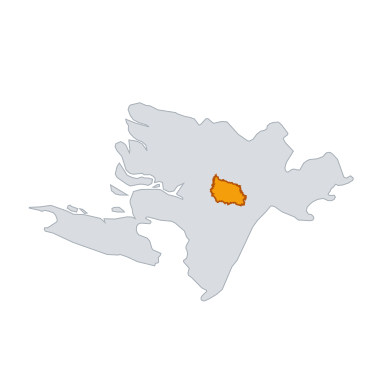 Tangail, Dhaka, Bangladesh shown in context, rotated 117°
{"feature_id": "16705992B55867939933107", "entity_name": "Tangail", "entity_type": "district", "adm_level": 2, "iso_a3": "BGD", "parent_name": "Bangladesh", "parent_adm1": "Dhaka", "projection": "orthographic", "projection_center": [89.988, 24.376], "detail": "fine", "context": "in_parent", "style": "filled", "palette": "amber", "viewbox_px": 384, "rotation_deg": 117, "n_neighbors": 0, "source": "geoboundaries", "source_scale": "gbopen_adm2", "svg_char_len": 8620}
<svg xmlns="http://www.w3.org/2000/svg" viewBox="0 0 384 384"><g transform="rotate(117 192 192)"><path d="M134.3,268.4L134.3,259.7L128.7,242.6L129.0,240.8L127.9,232.5L126.5,227.9L125.8,223.1L129.2,216.1L127.9,215.0L120.3,212.8L119.4,211.0L121.1,204.1L115.7,197.5L113.6,192.7L119.6,177.0L121.1,166.1L120.7,164.0L117.2,161.5L111.0,160.5L106.6,158.4L104.0,155.3L101.8,154.0L99.1,154.9L95.7,153.7L92.8,150.6L90.5,146.8L91.5,142.7L96.1,133.2L97.8,132.9L101.7,134.8L103.2,134.8L105.8,131.0L109.6,120.2L122.2,121.3L125.2,121.0L128.3,120.1L130.1,118.8L131.0,117.0L130.7,115.5L126.9,113.5L125.4,111.9L124.3,107.6L123.2,105.9L115.6,105.6L111.7,103.6L109.6,101.8L105.8,95.8L101.1,91.4L96.6,90.3L94.9,88.8L94.0,86.6L94.6,83.3L96.9,77.1L109.5,63.8L109.9,62.3L109.4,60.5L105.8,58.3L105.6,57.3L106.6,54.4L108.7,54.1L113.0,56.7L117.3,60.9L119.8,64.7L119.9,67.6L123.3,68.2L126.1,69.5L129.0,69.2L130.9,69.9L132.2,69.7L132.7,68.0L130.3,63.7L131.5,61.9L134.3,62.1L136.4,63.7L137.9,66.9L138.1,72.0L141.4,76.6L145.8,79.9L149.3,81.4L153.4,82.5L157.0,81.5L158.8,78.3L158.0,75.4L158.6,72.9L160.0,71.5L162.2,71.6L163.9,73.6L168.7,84.6L167.7,89.5L168.8,102.8L167.5,111.6L168.3,115.0L169.1,115.6L176.5,117.3L187.2,120.7L195.4,122.0L232.3,120.8L240.4,122.5L265.0,120.8L271.8,123.5L279.1,128.0L283.3,131.3L284.1,133.3L283.7,134.9L282.3,135.9L279.8,135.9L274.0,133.8L273.0,134.5L273.0,139.8L268.5,153.1L267.8,157.2L266.2,158.8L261.3,159.8L258.2,167.5L256.9,168.5L253.6,166.8L251.6,167.1L249.1,167.9L246.6,169.7L244.9,171.9L243.0,172.7L236.0,172.6L234.7,176.2L230.2,181.0L227.2,193.4L227.4,197.2L231.4,207.1L234.2,219.9L235.2,221.2L236.6,221.4L236.6,215.5L237.8,214.7L239.5,215.3L242.8,223.2L244.7,225.2L247.6,225.8L250.9,224.5L253.4,222.2L254.3,219.6L253.4,211.0L254.9,207.4L260.5,202.1L261.3,200.5L260.8,191.8L263.0,191.5L265.8,192.2L269.4,190.0L270.5,190.0L272.1,192.2L274.7,191.7L278.8,208.9L279.3,221.0L280.3,227.7L281.7,229.2L286.2,239.3L290.9,274.8L291.7,297.4L293.5,305.0L292.2,306.8L290.8,307.1L289.4,304.4L280.0,298.9L277.8,299.5L274.7,302.9L273.4,306.0L274.0,310.3L275.1,314.6L277.4,317.0L277.6,319.7L280.2,329.8L279.5,329.9L274.3,320.7L268.0,311.7L265.8,295.5L265.6,287.4L261.2,278.0L257.1,261.5L258.7,255.7L255.8,258.3L251.1,248.4L243.8,238.8L241.7,234.5L241.5,230.4L238.5,234.6L234.3,237.6L230.0,242.1L227.2,243.4L218.1,244.3L212.8,238.4L205.2,223.9L204.2,220.6L205.2,212.1L203.4,204.0L202.8,196.9L201.5,197.5L201.0,199.5L201.3,202.5L200.7,205.0L188.2,203.4L193.5,207.7L199.3,208.6L202.3,212.4L202.5,218.8L196.9,222.6L197.4,225.8L200.7,229.7L196.7,230.8L195.6,233.4L195.5,237.0L198.4,242.6L197.9,244.8L202.7,252.1L203.6,255.6L202.4,260.6L192.1,270.7L189.1,277.8L186.6,281.1L183.4,281.7L179.5,278.4L179.5,274.9L180.3,272.2L185.6,265.5L182.7,266.4L174.3,271.9L172.7,267.5L171.7,263.3L171.7,258.3L175.7,250.7L171.1,254.5L169.9,259.2L170.4,264.7L169.8,268.7L168.0,273.8L165.6,276.9L161.6,278.8L159.9,281.9L157.2,284.1L156.3,273.8L153.5,259.8L152.9,262.8L154.3,271.4L154.2,277.1L152.0,281.5L147.7,286.3L144.3,286.9L142.3,286.2L136.2,279.0L135.7,272.2L134.3,268.4ZM210.8,268.6L203.1,270.4L199.2,269.8L206.5,257.3L206.2,251.7L205.0,247.1L201.3,243.4L201.1,240.8L199.4,237.2L198.5,233.0L202.6,231.7L206.0,234.1L207.2,238.8L208.9,242.4L214.7,249.7L214.6,254.2L213.1,265.2L210.8,268.6ZM227.3,264.4L222.6,267.8L224.0,248.0L227.6,255.3L228.5,259.3L227.3,264.4ZM245.2,254.4L243.1,255.8L241.2,254.6L238.7,250.0L239.9,244.1L240.6,243.2L243.6,249.2L245.2,254.4ZM263.0,295.9L260.4,296.1L259.0,294.7L259.6,292.8L258.8,286.4L262.2,285.7L263.6,291.0L263.0,295.9ZM259.9,278.0L257.9,284.4L257.1,281.6L258.4,275.9L259.9,278.0ZM204.6,226.9L205.4,229.0L201.1,226.3L200.0,224.5L201.9,223.5L204.6,226.9Z" fill="#d9dde1" stroke="#a8b0b8" stroke-width="1"/><path d="M182.8,175.8L182.8,175.3L182.9,174.9L183.3,174.9L183.2,174.3L183.6,174.2L183.8,174.0L183.9,173.8L184.1,173.8L184.2,173.2L183.9,172.8L183.9,172.2L184.0,172.3L184.5,172.7L185.0,172.7L185.1,172.9L185.5,172.9L185.5,172.7L186.1,172.5L186.4,172.4L186.4,172.1L185.9,171.5L185.8,171.3L185.9,171.0L185.9,170.6L186.2,170.2L186.2,169.6L186.6,169.1L186.9,168.6L187.2,168.5L187.2,167.9L187.6,167.7L187.9,167.4L188.0,167.1L188.3,166.9L188.6,166.9L189.0,166.6L188.9,165.8L189.0,165.7L189.4,165.2L189.4,164.9L189.5,164.5L189.3,164.4L189.2,164.2L188.9,164.1L188.9,163.9L188.7,163.8L188.6,163.7L188.2,163.7L187.9,163.6L187.7,163.5L187.5,163.2L187.6,162.8L187.5,162.6L187.1,161.8L187.1,161.5L186.9,161.5L186.5,161.4L186.3,160.8L187.2,157.5L186.8,157.6L186.3,157.3L186.1,156.7L185.9,156.0L185.6,155.9L185.5,155.4L186.0,155.3L186.2,155.0L186.4,154.8L186.5,154.7L186.9,154.4L186.6,154.1L186.5,154.3L186.2,154.3L186.1,154.2L186.0,153.9L185.7,153.5L185.4,153.6L185.2,153.4L185.5,153.2L185.4,153.1L185.1,152.9L184.9,152.8L184.7,152.8L184.5,152.4L184.2,152.4L183.9,152.6L183.7,151.8L183.7,151.7L183.4,151.7L183.1,151.1L182.7,150.3L182.9,150.0L182.9,149.9L182.4,149.9L182.1,149.3L181.8,148.9L182.0,148.6L182.0,147.9L182.4,147.6L182.6,147.6L182.8,147.1L182.7,146.7L182.8,146.3L182.5,146.1L182.5,145.9L182.5,145.3L182.4,145.2L182.4,144.8L182.1,144.3L182.2,143.9L182.0,143.6L182.0,143.4L181.8,143.1L182.0,142.7L182.0,142.4L181.9,142.1L180.8,142.2L180.3,142.2L180.2,141.8L180.3,141.6L180.2,141.5L180.5,141.4L180.4,141.3L180.6,141.3L180.5,141.2L180.3,141.2L180.3,140.7L180.1,140.3L179.6,139.7L179.5,139.8L179.4,140.1L178.7,140.2L178.5,140.4L178.0,140.3L177.7,140.3L177.3,140.6L177.4,140.9L177.2,141.3L177.0,141.5L176.8,141.5L176.7,141.8L176.4,141.8L176.3,142.0L176.2,142.0L176.0,142.6L175.8,142.6L175.7,142.6L175.5,142.8L175.1,142.8L174.8,142.6L174.7,142.4L174.6,142.2L174.5,141.8L174.4,141.8L174.1,141.8L173.8,141.9L173.8,141.6L173.5,141.3L173.6,141.2L173.2,141.3L172.9,141.2L172.9,141.4L173.0,141.5L173.3,141.5L173.2,141.6L173.2,141.8L172.7,141.7L172.7,141.9L172.5,142.2L172.3,142.3L172.1,141.9L172.0,142.0L172.1,142.3L171.7,142.2L171.5,141.9L171.2,142.0L171.3,142.1L171.2,142.2L171.1,142.4L171.1,142.6L171.2,142.9L171.1,143.3L171.1,143.5L171.7,144.1L172.0,144.8L171.9,144.9L171.8,145.1L171.6,145.2L171.3,145.2L171.0,144.9L170.5,145.8L170.5,146.0L170.6,146.4L170.3,146.5L169.7,146.5L169.6,146.8L169.7,147.0L169.6,147.4L169.9,147.7L170.0,147.8L169.9,147.8L169.5,147.6L169.5,147.8L169.4,147.9L169.5,148.0L169.2,148.1L169.3,148.3L169.0,148.2L168.8,148.3L169.2,148.6L168.9,148.7L168.7,149.0L168.9,149.3L168.6,149.3L168.3,149.6L168.2,149.4L168.1,149.5L168.1,149.8L168.4,149.8L168.2,149.9L168.1,150.0L168.2,150.3L167.3,150.3L167.2,150.2L166.5,150.4L166.2,150.8L166.3,151.6L165.9,151.7L165.3,151.7L165.4,151.8L165.2,151.9L165.5,152.1L165.4,152.5L165.0,152.4L164.8,152.6L164.9,152.8L165.5,153.1L165.5,153.3L165.7,153.2L165.8,153.5L165.4,154.3L165.7,154.2L165.8,154.2L165.8,154.3L165.4,154.8L165.1,154.9L165.2,155.3L165.1,155.6L165.7,155.6L165.4,156.3L165.3,156.8L166.1,158.9L166.2,159.4L165.6,160.2L165.5,160.6L165.8,160.9L166.1,161.1L166.4,161.6L166.4,161.9L166.4,162.5L166.5,163.0L167.1,163.6L167.2,164.2L167.2,164.8L167.0,165.5L166.9,166.1L167.1,167.3L167.6,169.0L167.0,169.2L166.8,169.4L167.1,169.9L167.3,169.8L167.7,169.8L167.9,170.3L168.5,170.7L168.5,170.9L168.3,171.2L168.4,172.2L168.7,173.2L168.6,173.9L168.4,174.4L167.7,174.9L167.4,175.3L166.9,175.5L167.1,176.1L167.0,176.9L166.5,177.8L166.6,178.0L166.3,178.2L166.0,178.4L166.4,178.5L166.5,178.7L166.9,178.4L167.0,178.0L167.3,178.0L167.3,178.4L167.8,178.4L167.9,178.5L168.1,178.7L168.2,178.4L168.4,178.4L168.5,178.3L168.8,178.3L168.8,178.5L168.9,178.4L169.3,178.5L169.4,178.9L169.6,179.0L169.6,178.8L169.8,178.8L169.9,179.0L170.0,179.1L170.3,179.0L170.6,178.8L170.5,178.6L170.6,178.4L170.7,178.2L170.5,177.8L170.8,177.7L171.0,177.7L171.0,178.1L171.0,178.3L171.0,178.5L171.2,178.8L171.7,178.8L171.7,178.7L171.5,178.4L171.7,178.1L172.2,178.0L172.2,177.8L172.3,177.5L172.6,177.7L172.7,177.4L172.9,177.5L173.0,177.3L173.6,177.1L173.3,177.5L173.5,177.6L173.7,177.2L174.0,177.2L173.9,177.0L173.7,176.9L173.8,176.7L174.1,176.6L174.1,176.1L174.2,176.3L174.4,176.4L174.4,176.5L174.5,176.6L174.9,176.7L175.0,176.0L175.2,175.9L175.1,175.7L175.5,175.8L175.5,176.1L175.7,176.3L175.7,176.5L175.3,176.6L175.4,176.8L175.8,177.0L176.0,177.2L176.0,177.3L175.9,177.3L176.0,177.4L175.9,177.5L176.0,177.4L176.5,177.3L176.8,177.2L176.6,176.9L176.7,176.7L177.0,176.6L177.1,176.4L177.1,176.2L176.9,175.9L176.9,175.4L177.1,175.3L177.1,175.7L177.5,175.8L177.5,176.0L177.3,176.1L177.2,176.0L177.3,176.3L178.1,176.1L179.0,176.0L179.2,175.9L179.2,175.7L179.4,175.9L179.6,175.8L179.6,175.5L179.6,175.4L179.9,175.5L180.0,175.7L180.3,175.7L180.5,176.1L180.8,176.5L181.1,176.6L181.2,176.1L181.6,176.2L181.8,176.0L181.8,175.9L182.0,175.8L182.8,175.8Z" fill="#f59e0b" stroke="#b45309" stroke-width="1.5"/></g></svg>